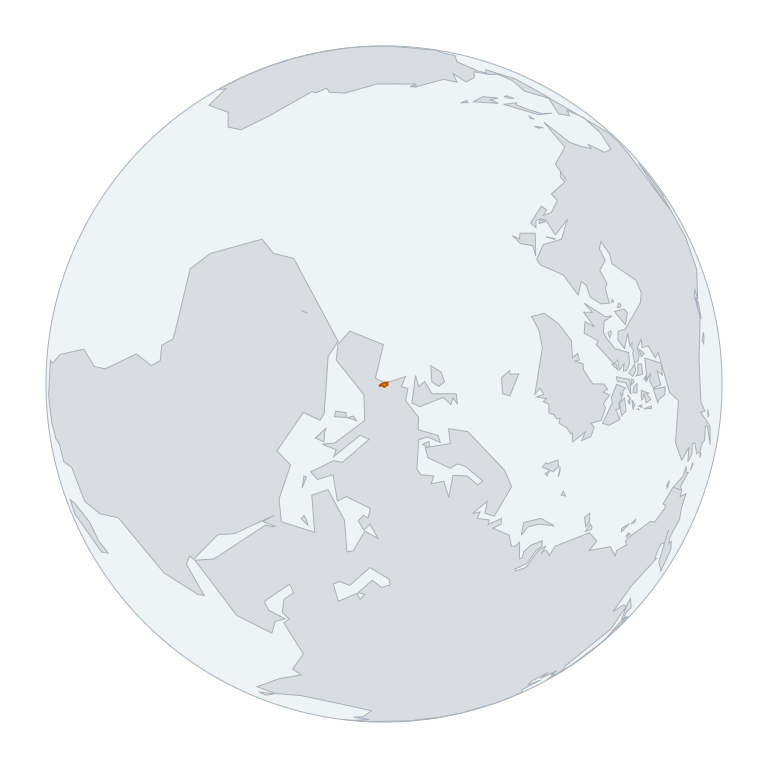 globe centered on Charente-Maritime, rotated 110°
{"feature_id": "FRA-5278", "entity_name": "Charente-Maritime", "entity_type": "Metropolitan department", "adm_level": 1, "iso_a3": "FRA", "parent_name": "France", "parent_adm1": "", "projection": "orthographic", "projection_center": [-0.827, 45.732], "detail": "fine", "context": "on_globe", "style": "filled", "palette": "amber", "viewbox_px": 768, "rotation_deg": 110, "n_neighbors": 0, "source": "natural_earth", "source_scale": "10m", "svg_char_len": 12131}
<svg xmlns="http://www.w3.org/2000/svg" viewBox="0 0 768 768"><g transform="rotate(110 384 384)"><circle cx="384" cy="384" r="338" fill="#eef3f6" stroke="#a8b0b8"/><path d="M82.4,536.4L79.7,531.0L74.0,518.4L64.5,494.2L52.7,449.2L52.7,441.3L51.2,429.9L56.4,425.3L57.7,402.3L56.6,394.1L53.8,395.8L52.5,364.8L55.7,343.5L71.0,259.6L76.7,245.9L83.3,234.2L121.5,176.2L89.6,220.2L98.2,205.3L111.2,186.4L111.5,187.0L130.4,165.0L142.6,151.1L169.3,129.4L196.9,118.3L188.4,124.5L196.0,121.8L207.2,114.2L212.7,110.0L254.0,96.1L292.7,80.0L299.7,73.1L302.3,76.7L312.0,63.3L329.6,56.8L312.9,65.6L313.6,67.7L327.2,63.5L330.9,64.8L339.6,63.9L342.8,66.2L332.8,71.9L334.7,73.8L344.1,70.8L353.4,71.8L339.1,75.8L353.7,78.2L339.6,90.0L299.0,101.6L294.2,112.7L260.4,137.4L266.6,138.1L257.7,148.9L261.5,153.9L254.1,157.8L263.5,158.6L269.5,154.1L275.6,153.2L278.4,155.9L269.5,161.1L266.8,160.5L265.6,163.5L260.0,165.0L264.4,165.8L253.3,172.2L268.3,170.2L262.8,179.0L254.3,182.1L250.1,176.1L219.9,170.9L210.1,173.5L200.4,182.6L193.0,211.0L184.3,216.8L176.1,228.9L183.2,227.9L192.2,218.3L203.4,220.2L213.0,209.0L219.0,208.4L230.9,199.9L234.5,207.6L231.6,220.0L221.9,227.7L220.4,233.7L234.0,232.0L220.2,252.8L218.6,278.1L214.4,283.2L198.4,281.9L187.2,266.7L166.3,267.9L185.3,274.1L174.6,287.9L175.1,293.5L178.9,297.1L185.1,294.7L182.6,301.3L162.9,296.9L164.8,290.8L171.1,292.1L165.7,285.4L152.4,283.8L148.0,291.7L132.5,283.2L129.2,289.0L123.9,290.8L130.3,282.0L118.6,298.1L99.6,295.0L83.3,323.2L93.4,292.3L93.4,280.8L91.9,270.0L89.0,274.3L90.9,256.0L85.9,251.0L74.0,266.5L65.4,287.6L64.3,305.4L68.5,301.6L70.4,312.2L59.2,327.1L60.7,352.0L54.9,367.6L54.0,382.9L57.2,391.2L59.8,406.4L65.1,403.8L72.1,410.4L68.7,425.1L75.4,418.6L77.4,432.3L93.5,455.2L91.3,456.8L104.3,492.9L124.0,520.2L128.5,535.1L125.6,539.0L133.7,547.5L133.9,551.7L170.9,583.2L193.9,605.2L195.9,618.3L182.0,623.4L182.0,643.8L160.5,633.5L163.5,639.1L161.9,638.7L143.0,620.8L125.4,601.5L109.4,581.0L95.1,559.2L82.4,536.4ZM78.1,330.9L80.3,367.3L74.4,355.4L76.4,355.6L76.8,344.4L76.0,328.3L72.1,318.9L78.1,330.9ZM89.5,327.2L88.8,322.0L90.2,326.0L89.5,327.2ZM214.5,108.1L207.0,114.0L195.6,120.7L201.4,115.5L214.5,108.1ZM236.8,97.3L234.4,100.0L226.1,101.6L230.1,99.5L236.8,97.3ZM303.9,68.3L297.1,71.1L302.4,68.0L303.9,68.3ZM340.2,63.4L341.0,62.3L345.2,62.3L340.2,63.4ZM228.1,196.3L229.4,198.1L226.5,198.7L228.1,196.3ZM232.0,191.2L227.6,190.7L228.8,188.2L231.5,188.5L232.0,191.2ZM353.9,66.1L360.4,66.8L352.1,67.0L353.9,66.1ZM237.0,192.4L231.5,183.9L233.7,179.6L245.7,177.5L237.0,192.4ZM363.0,67.9L378.9,70.4L381.9,67.9L382.2,77.0L368.7,71.5L357.9,71.8L363.7,69.9L363.0,67.9ZM270.2,151.6L263.9,156.4L266.6,149.9L270.2,151.6ZM270.4,147.7L269.7,130.6L280.4,125.4L278.4,131.9L290.1,123.6L295.6,129.4L290.4,135.3L282.5,137.4L290.6,138.1L270.4,147.7ZM379.9,82.0L382.2,83.7L377.8,83.0L379.9,82.0ZM278.2,152.3L277.2,149.1L286.3,144.2L290.1,149.8L285.9,149.5L278.2,152.3ZM290.5,118.8L298.0,116.5L304.5,120.5L308.2,120.2L296.7,129.1L290.5,118.8ZM285.3,152.1L291.8,152.9L290.0,157.8L279.9,155.2L285.3,152.1ZM287.1,140.7L291.6,138.8L290.3,141.6L287.1,140.7ZM287.4,176.6L285.9,172.4L290.6,169.4L287.4,176.6ZM294.4,152.9L295.0,151.2L296.6,149.7L300.4,151.3L294.4,152.9ZM302.1,131.5L303.2,133.8L307.1,128.0L312.2,131.1L303.5,136.7L309.3,135.6L310.9,136.6L302.1,140.1L302.1,131.5ZM309.3,148.5L300.1,157.2L301.8,165.5L297.7,168.2L295.7,154.6L309.3,148.5ZM305.8,143.2L307.1,147.0L301.4,148.3L297.0,146.4L305.8,143.2ZM318.7,131.4L313.2,125.2L315.3,124.2L318.7,131.4ZM310.9,150.6L313.1,148.4L311.7,151.0L310.9,150.6ZM317.6,136.9L315.3,134.7L317.8,133.7L317.6,136.9ZM319.4,146.2L316.4,148.9L313.3,147.7L319.4,146.2ZM319.5,141.7L323.3,140.9L314.1,145.6L318.1,140.9L319.5,141.7ZM320.2,136.3L320.9,134.9L320.8,137.3L320.2,136.3ZM332.7,149.9L321.7,156.1L315.0,153.1L326.5,147.4L332.7,149.9ZM667.6,200.2L676.5,215.0L679.3,219.7L680.2,222.2L688.6,238.8L690.9,242.6L706.2,282.1L706.8,284.7L711.8,302.0L713.4,308.7L710.6,297.7L704.1,283.1L707.5,298.5L703.7,289.6L695.4,284.0L698.2,306.2L705.1,355.2L712.0,380.1L711.8,399.6L696.8,381.7L685.7,362.3L683.1,372.4L665.3,367.4L642.8,396.3L637.1,392.7L633.4,401.4L620.5,404.4L610.9,397.4L604.3,404.2L629.3,422.2L636.1,414.8L638.4,396.6L644.4,405.1L656.5,404.2L651.9,443.0L614.3,501.4L606.6,484.0L557.0,447.0L556.2,439.5L555.8,438.8L555.0,437.6L554.6,450.7L544.7,442.1L575.6,473.2L582.5,488.7L613.9,503.0L611.9,507.8L620.8,508.2L644.2,480.8L645.3,487.3L636.7,526.3L600.6,587.9L603.1,606.6L596.6,625.1L569.2,648.9L566.5,658.4L551.6,668.4L547.3,673.9L532.5,683.7L509.6,695.2L476.0,705.5L477.9,702.5L467.1,698.5L453.9,678.0L466.5,662.4L465.2,651.2L440.5,627.1L446.2,608.8L438.6,602.3L423.5,606.1L414.2,597.8L404.6,598.4L342.1,605.5L320.7,591.8L289.6,548.1L299.1,532.5L296.8,511.8L359.6,441.7L377.5,445.9L432.2,430.1L439.8,431.7L438.4,450.1L483.4,461.6L492.1,444.1L527.9,443.3L548.5,433.4L547.1,398.3L513.2,413.8L502.4,400.5L525.6,374.5L554.5,361.4L551.2,355.9L528.8,351.7L531.2,336.6L520.6,349.2L528.1,353.0L521.6,361.3L514.4,358.5L515.5,353.0L505.6,354.4L502.7,381.0L510.0,387.7L486.6,401.0L496.5,413.7L491.6,422.8L473.2,404.9L471.8,396.3L440.9,379.0L440.3,388.9L469.4,406.4L462.2,406.4L461.6,421.3L456.3,410.1L424.8,389.6L400.9,399.2L377.8,437.1L362.3,440.8L346.0,434.1L347.2,398.0L381.6,394.1L382.5,382.3L369.4,366.3L380.9,366.8L379.8,360.1L392.2,358.0L403.6,340.0L415.2,336.4L413.9,315.6L419.7,311.2L418.8,324.6L424.5,332.4L452.8,324.0L456.6,318.3L453.4,305.7L461.6,305.5L454.9,294.5L468.3,284.4L446.3,287.9L442.0,274.4L446.8,261.4L441.5,257.9L433.5,279.3L433.9,287.4L440.6,293.2L438.2,317.5L429.7,323.5L417.3,301.4L403.9,308.0L400.1,288.9L423.9,241.1L436.8,229.0L470.5,235.2L470.9,244.8L459.0,247.0L475.4,256.5L471.5,250.1L478.3,250.3L475.8,238.5L480.5,238.1L470.2,227.7L475.7,226.0L482.2,232.6L483.3,214.6L493.1,208.6L491.1,204.8L486.2,202.5L502.0,197.0L499.8,194.5L493.8,195.3L485.5,191.0L477.1,181.6L483.0,180.2L486.8,183.4L503.8,188.5L513.2,197.8L514.7,196.4L508.0,188.0L487.3,181.7L480.6,176.5L490.4,178.1L486.3,177.1L484.8,174.1L488.9,170.1L478.1,167.9L453.5,140.0L458.9,130.3L470.4,134.3L459.5,115.8L466.5,107.9L460.9,108.4L452.0,100.9L449.7,103.2L446.3,102.9L422.2,86.7L421.1,82.4L404.5,77.6L401.6,78.0L401.4,80.8L382.2,77.0L381.9,67.9L388.5,67.2L383.8,62.7L399.4,62.0L410.1,60.0L429.7,63.0L436.5,61.7L433.8,60.2L441.1,58.0L465.0,59.9L457.1,64.9L423.5,66.8L438.2,66.1L438.3,68.5L445.7,69.9L455.8,69.7L454.8,68.3L488.6,82.3L519.7,91.0L509.2,83.1L510.8,80.4L537.0,87.2L587.7,117.7L590.4,117.4L596.1,121.4L605.8,129.7L597.9,124.1L600.4,127.8L594.4,123.7L607.3,136.4L599.3,131.3L613.3,144.4L616.9,145.3L608.5,135.4L624.0,149.9L625.9,148.7L635.1,157.9L646.6,171.3L667.6,200.2ZM343.6,480.2L343.2,486.8L343.6,480.2ZM589.2,363.3L603.8,352.6L590.0,337.8L594.5,332.8L588.2,329.9L589.0,336.9L572.4,327.9L576.1,316.9L570.7,309.5L565.5,312.8L561.4,334.7L585.0,347.2L584.8,358.1L589.2,363.3ZM94.1,455.7L95.6,461.3L92.7,457.7L94.1,455.7ZM71.2,359.4L72.8,364.8L72.8,369.7L71.1,366.6L71.2,359.4ZM90.7,401.4L93.7,408.2L89.5,403.6L90.7,401.4ZM81.2,372.6L88.2,396.5L80.2,389.4L76.3,374.5L80.4,381.2L81.2,372.6ZM83.9,333.2L84.4,337.5L82.6,339.2L83.9,333.2ZM90.6,330.1L90.0,329.1L90.8,325.4L90.6,330.1ZM175.8,288.2L177.2,288.7L180.0,293.4L176.5,293.3L175.8,288.2ZM205.3,303.8L200.6,314.2L201.6,306.4L195.8,307.7L190.6,293.5L212.1,285.1L203.3,291.2L205.3,303.8ZM189.7,273.3L190.5,282.6L188.8,272.8L189.7,273.3ZM361.3,327.9L367.5,331.7L365.6,339.8L350.8,346.3L353.3,334.4L361.3,327.9ZM376.7,335.4L368.4,312.8L377.3,308.4L373.7,314.6L380.4,314.0L376.4,323.8L393.0,342.6L392.4,351.2L365.3,357.3L374.5,350.3L367.9,346.7L376.7,335.4ZM331.8,268.9L328.4,260.8L352.1,261.7L352.6,269.3L337.8,275.7L328.6,270.6L331.8,268.9ZM259.2,191.1L256.3,189.2L258.8,187.6L263.2,187.9L259.2,191.1ZM286.4,174.9L274.2,198.3L270.3,197.1L267.8,213.2L256.6,216.5L258.6,205.8L248.2,220.9L245.4,212.6L239.5,223.4L245.1,199.3L242.2,193.1L249.7,198.6L260.0,195.6L263.6,192.4L271.8,179.0L270.8,164.8L280.9,160.2L288.3,160.7L290.1,163.4L283.0,165.4L290.5,167.6L281.5,172.6L286.4,174.9ZM369.4,178.8L360.3,178.4L373.9,186.8L365.0,190.6L367.2,191.3L362.7,197.3L360.9,206.1L356.2,206.8L357.6,210.0L354.6,214.3L354.9,219.0L346.5,222.2L346.2,228.3L342.3,226.4L344.0,236.3L339.0,230.4L334.7,235.9L341.9,238.7L295.7,247.6L280.2,257.0L270.1,268.4L262.8,257.7L267.7,240.6L279.2,222.8L295.1,215.8L288.9,212.6L294.7,208.5L297.2,212.7L296.9,203.8L302.3,201.6L312.5,187.9L308.7,177.2L312.4,172.3L316.6,175.4L317.2,168.3L327.7,171.1L330.5,167.7L343.7,167.4L350.1,176.0L352.8,171.7L362.9,171.7L369.4,178.8ZM336.4,150.0L346.1,158.6L346.1,165.1L323.2,163.0L319.2,165.7L304.6,165.3L305.0,156.0L309.1,156.9L313.2,155.6L311.5,159.0L316.0,155.4L321.8,156.7L326.9,154.3L328.7,157.6L336.4,150.0ZM445.6,423.5L450.9,423.1L458.7,420.4L458.4,430.1L445.6,423.5ZM423.9,409.9L428.3,407.9L431.7,419.4L426.1,420.2L423.9,409.9ZM427.8,397.2L428.3,406.9L424.7,402.1L427.8,397.2ZM422.6,322.2L427.0,319.6L428.6,322.2L427.5,327.2L422.6,322.2ZM407.8,206.9L402.6,205.0L403.2,203.0L395.9,194.6L401.9,191.5L408.6,195.4L407.8,206.9ZM543.0,406.7L538.8,415.7L534.9,414.2L537.2,411.4L543.0,406.7ZM497.9,425.1L509.6,425.3L497.7,427.7L497.9,425.1ZM413.1,202.1L409.4,198.9L414.7,199.3L413.1,202.1ZM405.9,188.8L411.6,188.5L401.7,190.1L405.9,188.8ZM638.5,591.9L611.4,630.5L600.1,639.1L601.9,633.7L614.5,613.4L629.0,598.5L637.2,585.3L638.5,591.9ZM712.8,381.2L716.9,388.9L716.1,396.4L712.8,381.2ZM684.7,229.8L686.1,232.6L684.6,229.7L679.1,219.3L680.2,221.3L684.7,229.8ZM459.1,175.5L462.6,190.3L469.1,199.9L479.0,203.3L466.5,205.4L456.5,190.5L459.1,175.5ZM453.6,144.3L444.9,142.2L447.5,139.5L449.9,139.6L453.6,144.3ZM449.2,145.6L440.7,150.0L435.0,146.5L442.9,143.7L449.2,145.6ZM427.2,175.1L427.8,179.6L423.5,178.9L427.2,175.1ZM586.4,113.4L586.2,113.3L585.6,112.8L586.4,113.4ZM582.6,110.6L593.1,118.6L592.0,117.7L600.1,124.2L599.6,123.9L583.9,111.7L573.3,104.1L565.4,99.0L553.8,91.9L546.6,88.3L539.4,84.6L542.7,85.8L548.9,89.0L582.6,110.6ZM543.8,87.2L527.1,80.7L518.5,75.4L520.3,75.6L531.6,80.7L535.4,83.1L543.8,87.2ZM520.5,77.7L524.1,80.2L506.9,80.1L501.2,79.0L509.7,75.2L513.5,77.5L519.2,78.8L520.5,77.7ZM384.9,82.5L382.5,83.6L382.4,81.8L384.9,82.5ZM445.3,104.4L440.7,103.8L440.8,101.3L445.3,104.4ZM428.1,100.9L431.2,104.1L425.4,101.3L428.1,100.9ZM438.5,111.3L431.2,105.6L441.7,110.3L438.5,111.3Z" fill="#d9dde1" stroke="#a8b0b8" stroke-width="1"/><path d="M384.5,386.4L384.4,386.2L384.3,385.8L384.2,385.6L383.9,385.3L383.4,384.9L383.3,384.7L383.2,384.6L382.9,384.4L382.7,384.4L382.6,384.2L382.3,384.2L382.3,383.7L382.6,383.6L383.0,383.9L383.3,384.1L383.2,384.0L382.9,383.7L382.7,383.4L382.7,383.2L382.8,383.1L383.0,383.0L383.0,382.9L382.9,382.7L383.0,382.6L382.9,382.6L382.8,382.3L383.0,382.4L383.1,382.2L382.9,382.1L382.9,381.9L382.8,381.7L382.7,381.6L382.4,381.4L382.5,381.3L382.5,381.1L382.8,380.9L382.9,380.7L382.9,380.4L383.0,380.4L383.3,380.3L383.5,380.3L383.4,380.4L383.4,380.5L383.5,380.5L383.8,380.5L383.8,380.4L384.0,380.5L384.3,380.6L384.4,380.8L384.3,381.0L384.8,381.5L385.0,381.6L385.3,381.7L385.4,381.8L385.6,381.8L385.9,382.0L386.1,382.0L386.3,382.0L386.7,382.3L386.9,382.5L387.0,382.6L387.0,382.8L386.9,382.8L386.9,383.2L386.9,383.3L386.8,383.5L386.7,383.6L386.4,383.6L385.9,383.7L385.7,383.7L385.5,383.8L385.7,384.1L385.7,384.4L385.7,384.6L385.8,384.7L386.2,385.0L386.4,385.3L386.3,385.5L386.4,385.9L386.3,386.0L386.1,386.1L386.3,386.2L386.3,386.3L386.2,386.3L386.3,386.5L386.5,386.4L386.8,386.6L387.0,386.6L387.0,386.8L387.3,386.9L387.4,387.0L387.4,387.3L387.4,387.5L387.2,387.6L386.8,387.7L386.7,387.7L386.4,387.6L386.2,387.4L385.9,387.4L385.7,387.2L385.7,386.9L385.6,386.7L385.4,386.6L385.2,386.6L385.1,386.4L384.9,386.3L384.6,386.4L384.5,386.4ZM382.4,382.7L382.4,382.8L382.5,382.9L382.6,383.0L382.5,383.3L382.4,383.5L382.3,383.3L382.3,383.2L382.2,383.1L382.0,382.8L381.9,382.8L381.8,382.7L381.7,382.6L381.8,382.5L381.8,382.4L381.7,382.3L381.6,382.1L381.8,382.1L382.0,382.3L382.3,382.4L382.3,382.5L382.4,382.7ZM382.1,381.5L381.9,381.4L381.5,381.2L381.3,381.2L381.2,381.2L381.0,380.9L381.3,380.9L381.4,381.0L381.2,381.0L381.3,381.1L381.5,381.0L382.0,381.2L382.1,381.3L382.3,381.5L382.2,381.5L382.1,381.5Z" fill="#f59e0b" stroke="#b45309" stroke-width="1.5"/></g></svg>